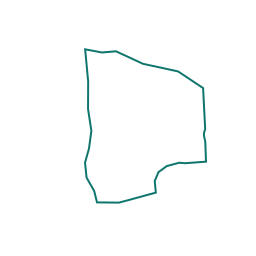 the Municipality of Brda, rotated 218°
{"feature_id": "SVN-1024", "entity_name": "Brda", "entity_type": "Municipality", "adm_level": 1, "iso_a3": "SVN", "parent_name": "Slovenia", "parent_adm1": "", "projection": "albers", "projection_center": [13.525, 46.021], "detail": "fine", "context": "isolated", "style": "outline", "palette": "teal", "viewbox_px": 256, "rotation_deg": 218, "n_neighbors": 0, "source": "natural_earth", "source_scale": "10m", "svg_char_len": 503}
<svg xmlns="http://www.w3.org/2000/svg" viewBox="0 0 256 256"><g transform="rotate(218 128 128)"><path d="M45.8,149.5L61.1,135.6L66.2,132.2L74.0,121.9L76.8,112.0L74.3,102.7L66.3,94.2L89.1,63.7L106.6,50.3L115.8,57.5L130.1,63.4L140.5,74.2L146.1,87.8L155.1,103.2L171.2,118.4L188.0,140.1L210.2,163.6L195.0,171.5L185.5,180.3L184.8,181.0L155.7,187.8L123.4,203.4L93.4,205.7L66.2,174.3L65.8,172.6L65.2,171.2L64.4,169.9L63.4,168.7L58.8,164.9L45.8,149.5Z" fill="none" stroke="#0f766e" stroke-width="2"/></g></svg>